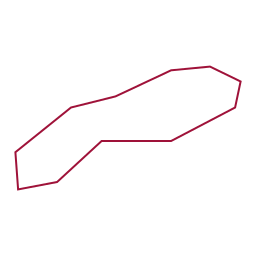 the border of Spanish Wells
{"feature_id": "BHS-5025", "entity_name": "Spanish Wells", "entity_type": "District", "adm_level": 1, "iso_a3": "BHS", "parent_name": "The Bahamas", "parent_adm1": "", "projection": "equal_earth", "projection_center": [-76.84, 25.52], "detail": "fine", "context": "isolated", "style": "outline", "palette": "rose", "viewbox_px": 256, "rotation_deg": 0, "n_neighbors": 0, "source": "natural_earth", "source_scale": "10m", "svg_char_len": 262}
<svg xmlns="http://www.w3.org/2000/svg" viewBox="0 0 256 256"><path d="M171.1,70.3L210.0,66.6L240.6,81.5L235.1,107.5L171.1,141.0L101.6,141.0L57.1,182.0L18.1,189.4L15.4,152.2L71.0,107.5L115.5,96.4L171.1,70.3Z" fill="none" stroke="#9f1239" stroke-width="2"/></svg>